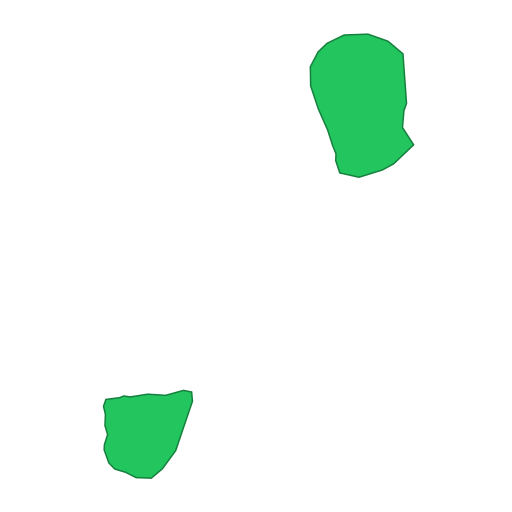 Faraulep, Federated States of Micronesia, rotated 266°
{"feature_id": "79324940B34667662495204", "entity_name": "Faraulep", "entity_type": "district", "adm_level": 2, "iso_a3": "FSM", "parent_name": "Federated States of Micronesia", "parent_adm1": "", "projection": "robinson", "projection_center": [144.516, 8.594], "detail": "fine", "context": "isolated", "style": "filled", "palette": "green", "viewbox_px": 512, "rotation_deg": 266, "n_neighbors": 0, "source": "geoboundaries", "source_scale": "gbopen_adm2", "svg_char_len": 693}
<svg xmlns="http://www.w3.org/2000/svg" viewBox="0 0 512 512"><g transform="rotate(266 256 256)"><path d="M345.4,342.2L333.0,345.4L327.4,364.2L333.0,388.0L338.4,399.8L355.9,421.0L374.0,411.1L390.6,413.7L397.8,416.8L447.4,416.7L461.0,402.7L469.5,383.2L470.3,359.3L463.2,341.7L455.4,332.3L441.0,323.4L421.8,322.4L398.2,328.5L376.6,336.3L361.0,340.1L352.5,342.9L345.4,342.2ZM124.2,110.2L123.4,96.3L116.8,93.4L108.4,94.7L97.3,93.5L88.3,95.5L78.3,91.6L73.2,91.0L59.8,94.8L53.3,100.3L49.3,110.9L43.3,120.9L41.7,136.1L50.2,147.7L67.4,162.3L115.6,182.5L124.8,182.3L127.0,174.3L123.3,156.1L125.7,138.3L124.2,120.7L125.6,114.3L124.2,110.2Z" fill="#22c55e" stroke="#15803d" stroke-width="1.5"/></g></svg>